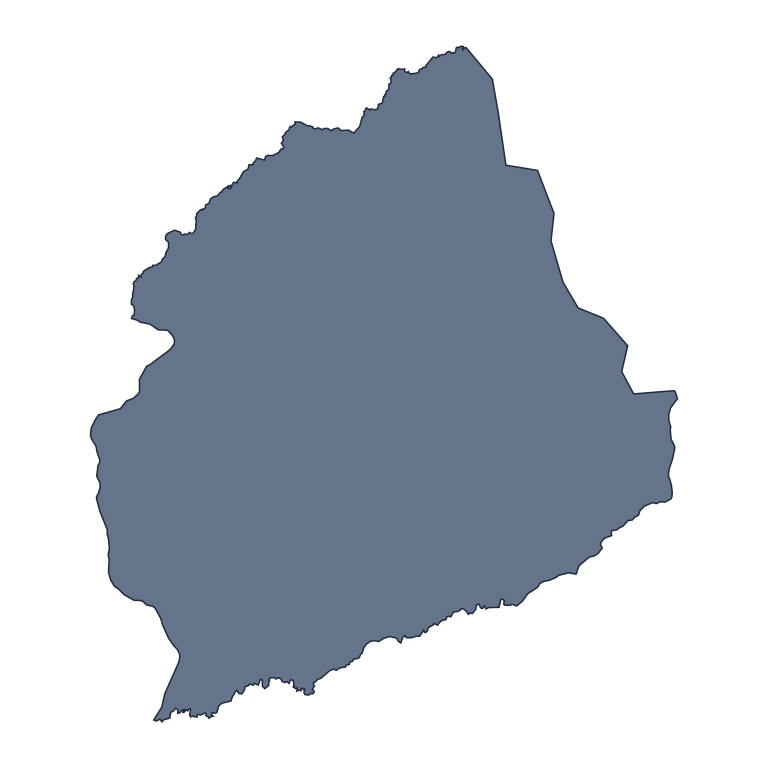 outline of Garu, Upper East, Ghana
{"feature_id": "2480657B97498759939018", "entity_name": "Garu", "entity_type": "district", "adm_level": 2, "iso_a3": "GHA", "parent_name": "Ghana", "parent_adm1": "Upper East", "projection": "natural_earth1", "projection_center": [-0.247, 10.771], "detail": "fine", "context": "isolated", "style": "filled", "palette": "slate", "viewbox_px": 768, "rotation_deg": 0, "n_neighbors": 0, "source": "geoboundaries", "source_scale": "gbopen_adm2", "svg_char_len": 6063}
<svg xmlns="http://www.w3.org/2000/svg" viewBox="0 0 768 768"><path d="M638.4,515.3L640.2,510.3L644.4,506.1L652.7,502.6L656.3,503.6L660.4,501.7L665.0,502.1L670.7,499.1L671.8,497.3L672.3,493.0L671.4,485.2L669.7,479.0L668.7,477.6L668.5,473.7L669.5,467.8L672.6,458.8L674.8,447.9L674.2,445.2L671.1,439.4L670.2,429.3L670.8,427.2L668.8,420.4L668.7,414.7L670.6,407.8L677.5,398.7L675.3,391.9L674.1,390.7L633.7,393.9L621.7,371.6L627.7,345.8L603.6,318.3L578.1,307.9L563.0,282.1L551.0,240.9L554.0,213.4L537.5,170.4L505.9,165.2L498.4,113.6L492.4,79.2L466.1,47.6L464.4,47.9L462.9,50.1L462.4,49.1L463.3,46.7L461.9,46.1L460.0,46.6L459.2,47.8L457.3,47.2L456.2,47.9L455.6,51.4L454.3,53.1L453.2,52.6L452.1,53.2L449.2,51.4L446.8,52.3L445.4,54.3L441.1,54.9L439.2,56.4L438.7,55.1L436.7,57.7L432.9,57.0L425.7,65.9L425.9,67.3L423.0,67.4L422.0,68.9L420.2,69.1L419.0,70.3L418.8,72.1L416.2,73.3L409.9,73.8L408.3,71.5L406.8,72.6L404.8,71.5L404.6,68.8L403.2,69.4L397.8,68.8L394.5,72.9L393.1,73.2L393.1,75.2L391.5,75.5L391.1,77.6L390.2,78.1L391.0,79.7L390.9,83.3L388.9,84.2L388.8,89.2L386.3,91.2L385.9,94.2L384.6,94.9L384.5,96.7L383.5,96.7L382.5,102.2L381.6,103.4L378.3,104.4L378.5,106.0L377.2,109.0L375.2,109.8L370.9,108.9L369.6,110.1L367.2,108.0L366.1,108.1L364.8,111.2L363.8,111.7L364.3,114.7L362.0,117.6L359.7,126.5L353.7,133.1L348.4,130.1L341.2,130.6L338.0,127.9L333.8,128.9L331.2,130.7L327.8,128.5L324.3,128.4L322.7,129.7L317.9,127.8L315.5,129.0L313.6,128.5L312.7,126.9L309.3,125.6L307.6,125.9L300.7,122.2L294.9,121.9L295.2,124.2L292.7,125.6L291.8,127.1L290.5,126.4L289.5,127.3L289.3,129.5L286.5,131.6L284.5,134.1L284.5,135.3L282.5,136.4L282.4,137.8L283.5,140.2L281.3,143.4L283.8,146.9L283.4,148.3L280.7,149.3L278.9,152.4L272.6,155.6L267.4,155.4L265.4,156.8L264.7,160.1L256.7,158.0L255.1,161.3L253.1,163.0L253.2,164.8L249.1,164.7L248.0,169.0L243.2,171.9L240.0,177.8L236.9,181.6L237.1,182.8L233.5,182.3L231.6,185.7L230.4,185.4L229.9,186.3L231.1,187.4L230.5,188.6L227.9,188.6L227.8,187.8L228.8,186.8L228.6,185.8L222.9,189.6L221.5,192.0L220.3,192.3L217.7,195.7L213.2,196.9L210.3,199.1L208.9,203.5L205.6,204.9L205.2,207.7L203.7,209.5L202.6,208.9L201.6,210.2L200.5,209.7L196.7,213.6L196.8,215.4L195.5,217.6L196.3,221.0L195.6,225.7L196.0,228.4L193.4,233.1L191.5,233.6L189.4,232.4L187.3,234.7L184.6,234.0L182.5,235.1L181.3,234.5L180.4,232.2L174.6,230.2L167.7,233.4L166.0,235.2L165.4,237.8L165.6,239.6L168.5,242.3L168.5,248.1L166.0,252.3L165.1,256.4L162.3,259.3L161.5,261.9L155.3,265.4L152.7,265.3L152.4,266.8L148.8,267.8L143.3,271.4L142.8,273.3L141.2,274.6L141.0,276.8L138.6,275.4L138.7,277.6L136.5,278.6L136.0,280.5L134.0,281.7L133.3,283.6L134.0,287.6L132.6,294.1L132.8,296.5L131.5,300.0L131.4,304.2L133.8,306.1L134.6,310.1L134.1,314.9L132.2,316.0L131.5,318.5L137.2,320.2L140.3,322.2L149.8,324.1L158.2,329.8L167.4,330.2L171.6,334.5L173.4,337.4L174.5,339.9L174.2,343.9L170.9,348.6L167.3,351.7L150.1,364.5L146.6,366.3L139.4,379.3L139.5,392.0L137.4,394.7L133.4,398.3L126.7,400.8L120.3,408.7L98.6,414.9L95.6,419.3L91.4,427.5L90.7,431.8L90.5,434.7L91.4,438.8L96.0,446.2L97.0,451.8L99.9,460.1L99.6,462.5L98.0,465.7L96.7,476.1L99.9,482.8L100.1,487.3L98.5,493.0L96.5,496.8L96.5,498.7L100.0,511.5L107.3,529.8L107.2,534.1L108.4,538.5L109.4,548.6L108.2,554.4L109.1,559.9L108.5,572.4L110.7,580.1L114.4,586.3L118.3,588.8L124.0,594.6L134.0,600.3L140.7,600.5L143.1,601.6L146.7,605.0L152.6,606.2L155.1,608.1L160.7,618.4L162.8,625.4L168.6,638.3L174.0,646.0L177.2,649.2L179.5,653.6L179.8,657.4L178.8,662.2L164.9,693.5L161.7,707.3L153.7,720.0L156.7,721.0L159.8,719.1L161.9,721.9L163.7,719.8L169.8,718.1L170.7,712.3L173.2,711.2L175.6,708.4L177.6,709.3L177.8,713.3L179.6,712.9L182.6,709.8L184.3,709.5L182.9,712.2L183.7,712.6L186.5,709.6L187.8,710.9L189.3,708.6L190.1,708.6L190.7,709.4L189.5,714.7L190.6,716.9L193.1,716.1L195.1,717.0L197.3,716.9L196.8,715.7L198.0,714.3L200.1,715.1L205.2,713.0L206.3,713.9L205.8,715.5L208.8,717.4L209.1,718.3L211.5,716.3L213.1,716.3L211.7,715.0L212.1,712.6L214.6,713.3L216.8,712.5L218.7,706.2L220.5,704.2L222.3,703.1L231.1,701.0L232.0,697.5L236.4,690.4L237.4,690.8L238.7,693.5L241.8,693.9L244.7,689.6L244.8,687.7L245.7,686.3L247.8,686.0L250.0,684.0L253.1,685.2L254.6,683.4L258.3,685.1L260.3,679.4L262.3,680.1L262.4,686.1L264.7,688.7L268.7,685.6L268.7,681.8L269.6,681.0L269.1,679.3L270.0,677.8L274.5,677.7L276.0,679.0L279.1,677.7L281.1,679.3L282.1,681.5L284.4,682.5L287.3,681.7L289.1,683.4L290.6,679.8L293.2,680.4L293.9,684.6L293.0,687.6L293.9,686.6L295.2,688.6L297.2,687.9L296.8,691.1L298.5,690.3L301.1,690.6L301.1,688.4L302.3,688.2L303.3,689.5L304.5,689.0L304.0,693.0L305.1,694.7L308.8,695.0L311.2,693.4L312.9,693.8L314.4,691.5L312.4,689.2L314.4,686.2L313.3,683.1L313.7,682.5L315.3,682.0L317.4,679.6L321.0,678.2L329.7,670.7L333.7,669.0L336.2,670.4L339.8,667.9L345.5,667.1L346.5,665.1L349.4,664.5L349.5,662.2L352.8,661.2L353.5,659.0L356.5,658.9L359.2,657.6L360.8,654.1L362.2,653.1L363.8,647.8L366.3,644.3L370.4,641.3L374.3,640.7L378.8,641.5L383.5,638.5L389.4,636.5L396.5,638.1L398.4,641.4L400.8,643.0L402.9,637.1L404.7,635.7L406.2,637.7L411.7,637.7L416.4,636.1L419.4,636.3L423.2,631.4L423.1,630.4L423.8,630.4L424.8,632.4L425.8,632.5L427.4,630.8L428.4,627.5L433.1,625.1L434.0,623.5L437.7,625.1L439.5,622.4L442.5,620.3L445.9,619.7L446.9,616.7L450.0,616.3L450.8,616.9L453.5,612.1L458.0,611.4L460.2,610.1L461.0,608.8L464.0,609.2L466.8,611.8L468.4,614.4L470.2,612.9L472.3,613.6L475.7,609.5L476.2,605.8L477.8,604.2L479.0,604.3L480.6,607.8L481.8,608.4L483.1,608.0L483.7,606.0L484.8,605.9L485.9,609.0L488.5,607.6L498.4,607.4L499.3,607.2L499.1,606.0L500.4,602.6L500.2,600.1L502.0,599.0L504.5,600.8L503.8,602.5L503.9,604.5L504.6,605.2L509.6,605.4L512.6,604.2L516.0,606.0L517.2,605.6L522.6,601.0L527.6,593.9L537.6,587.3L540.0,583.5L543.3,581.5L549.4,580.3L555.5,577.7L558.9,575.3L568.4,572.9L576.1,574.1L578.9,566.2L582.3,562.9L589.6,556.9L594.4,555.9L598.0,553.6L602.3,548.0L600.4,544.1L602.3,540.5L605.1,537.9L611.7,535.6L611.1,532.6L612.3,530.5L617.3,529.8L618.3,528.5L623.1,526.0L628.0,520.6L632.2,520.0L634.6,517.3L638.4,515.3Z" fill="#64748b" stroke="#1e293b" stroke-width="1.5"/></svg>